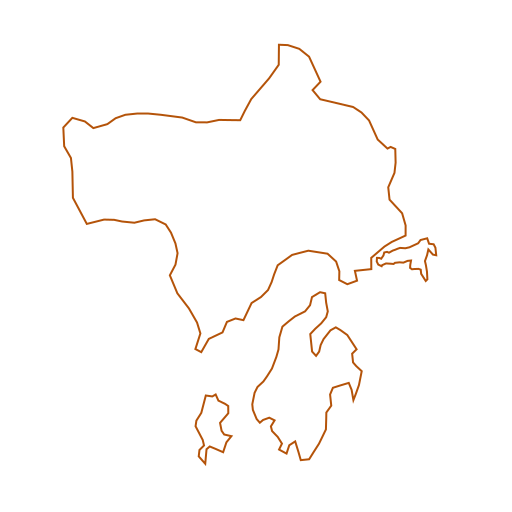 Langkawi, Kedah, Malaysia, rotated 354°
{"feature_id": "92858781B39946702986092", "entity_name": "Langkawi", "entity_type": "district", "adm_level": 2, "iso_a3": "MYS", "parent_name": "Malaysia", "parent_adm1": "Kedah", "projection": "robinson", "projection_center": [99.815, 6.325], "detail": "fine", "context": "isolated", "style": "outline", "palette": "amber", "viewbox_px": 512, "rotation_deg": 354, "n_neighbors": 0, "source": "geoboundaries", "source_scale": "gbopen_adm2", "svg_char_len": 2983}
<svg xmlns="http://www.w3.org/2000/svg" viewBox="0 0 512 512"><g transform="rotate(354 256 256)"><path d="M368.2,118.0L336.2,106.8L329.6,96.9L338.4,89.4L329.6,63.3L320.7,54.5L309.7,49.6L300.9,48.3L298.6,68.2L287.6,80.7L267.7,99.4L260.0,110.6L254.5,119.3L243.4,118.0L233.5,116.8L221.4,118.0L210.3,116.8L197.1,110.6L176.1,105.6L163.9,103.1L152.9,101.9L140.8,101.9L130.8,104.3L122.0,109.3L107.6,111.8L99.9,104.3L87.8,99.4L77.8,108.1L76.7,126.8L82.2,139.2L82.2,152.9L80.0,179.0L91.1,206.4L108.7,203.9L118.7,205.2L126.4,207.7L138.5,210.2L148.5,208.9L159.5,208.9L169.5,215.2L173.9,223.9L177.2,235.1L178.3,245.0L175.0,256.2L168.3,266.2L173.9,284.9L183.8,301.1L190.4,316.0L192.6,327.2L186.0,342.2L191.5,345.9L200.4,333.5L214.7,328.5L220.2,318.5L229.1,316.0L236.8,318.5L246.7,302.3L256.7,297.3L264.4,291.1L268.8,283.6L272.1,276.2L276.6,267.5L285.4,262.5L292.0,258.7L299.7,257.5L308.6,256.2L327.4,261.2L335.1,269.9L337.3,279.9L336.2,288.6L343.9,293.6L353.9,291.1L352.8,281.1L369.3,281.1L370.4,269.9L384.8,260.0L392.5,256.2L406.9,251.3L408.0,241.3L405.8,228.8L394.7,213.9L394.7,201.5L402.4,187.8L404.6,177.8L405.7,164.1L401.3,161.6L398.0,162.9L389.2,152.9L382.6,133.0L375.9,124.3L368.2,118.0ZM301.8,356.9L301.8,348.1L301.8,339.3L307.4,334.5L313.8,329.8L319.4,324.2L321.6,318.6L320.9,309.8L320.9,300.3L315.9,298.7L307.4,302.7L304.6,310.6L299.0,316.2L288.4,320.2L282.0,324.2L274.9,329.0L270.7,339.3L268.6,351.3L265.7,358.5L260.1,369.6L254.4,376.8L250.2,381.6L243.8,386.4L240.3,391.9L236.8,403.1L236.8,408.7L239.6,418.2L242.4,422.2L245.9,419.8L252.3,418.2L257.3,421.4L253.0,427.0L253.7,431.8L258.7,438.2L262.2,445.3L258.7,450.9L265.7,455.7L269.3,447.7L275.6,444.5L277.8,455.7L279.2,463.7L287.6,463.7L292.6,457.3L299.0,449.3L302.5,443.7L307.4,435.8L308.8,425.4L309.6,419.0L315.2,412.7L315.2,401.5L318.7,395.1L326.5,393.5L335.0,391.9L337.1,399.1L337.8,409.5L340.7,403.9L344.9,395.1L349.1,381.6L344.2,376.0L341.4,372.0L341.4,363.2L346.3,359.3L338.5,344.1L332.2,338.5L327.9,335.3L322.3,337.7L314.5,345.7L311.0,351.3L308.8,357.7L305.3,361.6L301.8,356.9ZM201.4,389.5L197.9,391.1L191.5,389.5L185.2,406.3L179.5,413.5L178.1,419.0L183.8,433.4L184.5,439.0L179.5,443.0L178.1,449.3L183.8,457.3L186.6,443.0L190.1,440.6L195.8,443.7L202.8,447.7L207.1,438.2L212.7,432.6L205.7,430.2L203.5,426.2L202.8,418.2L207.8,413.5L212.0,409.5L212.7,402.3L209.9,399.9L203.5,395.9L201.4,389.5ZM433.9,262.9L429.4,261.9L428.1,256.3L421.3,257.3L418.6,260.3L409.5,263.4L405.3,263.9L400.1,263.0L397.5,263.6L395.2,264.3L392.6,264.9L388.6,266.6L386.8,265.6L383.9,265.9L382.8,268.8L380.2,271.8L378.4,270.8L376.1,270.5L375.5,274.1L376.7,277.3L379.9,279.3L380.5,278.3L384.5,277.0L388.8,277.7L392.0,278.3L393.5,277.3L398.1,277.3L401.9,278.0L406.2,276.7L409.7,276.7L408.5,280.9L408.0,283.9L409.7,285.5L412.0,285.5L416.3,285.8L418.4,286.8L418.4,291.0L422.2,298.6L424.0,297.1L424.4,289.4L424.0,282.8L423.5,278.7L426.2,273.1L428.1,267.5L432.1,273.1L435.3,274.1L435.3,266.5L433.9,262.9Z" fill="none" stroke="#b45309" stroke-width="2"/></g></svg>